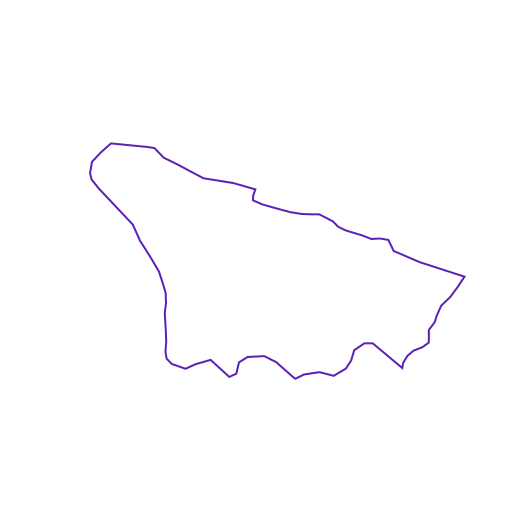 the district of Goseong-gun, Gangwon, South Korea, rotated 316°
{"feature_id": "91817680B50485812736392", "entity_name": "Goseong-gun", "entity_type": "district", "adm_level": 2, "iso_a3": "KOR", "parent_name": "South Korea", "parent_adm1": "Gangwon", "projection": "robinson", "projection_center": [128.403, 38.393], "detail": "fine", "context": "isolated", "style": "outline", "palette": "violet", "viewbox_px": 512, "rotation_deg": 316, "n_neighbors": 0, "source": "geoboundaries", "source_scale": "gbopen_adm2", "svg_char_len": 1120}
<svg xmlns="http://www.w3.org/2000/svg" viewBox="0 0 512 512"><g transform="rotate(316 256 256)"><path d="M391.6,415.7L369.5,374.2L358.5,348.0L362.4,336.4L357.4,329.6L350.8,323.9L346.4,314.4L342.0,306.6L338.2,299.7L335.4,291.9L335.4,284.6L330.4,269.9L326.0,265.7L318.3,257.8L311.2,248.4L304.0,236.4L296.4,223.3L292.5,213.9L295.8,210.7L301.8,207.6L290.3,187.7L272.2,163.6L262.3,133.3L257.9,121.3L257.9,114.0L257.9,107.7L253.5,102.0L229.9,74.3L217.2,73.7L203.5,74.3L194.2,81.1L190.9,86.8L189.8,98.3L189.2,147.9L183.1,164.7L180.9,175.7L178.7,186.1L175.4,199.7L171.6,207.6L165.5,219.6L158.4,227.5L150.7,233.7L141.3,244.7L132.0,255.2L124.3,262.0L120.4,267.8L120.4,275.1L127.0,288.2L137.5,291.9L151.2,299.2L152.8,324.4L160.0,327.0L169.9,320.7L179.8,322.8L192.4,333.8L196.8,346.4L198.5,367.9L199.0,371.6L208.4,374.7L221.0,383.7L228.7,396.2L242.5,399.4L251.8,397.3L261.2,392.0L273.3,394.1L279.3,399.9L283.4,438.2L287.6,435.1L295.8,433.0L303.5,433.5L312.4,437.2L320.1,438.3L323.9,434.6L328.9,429.3L338.8,427.7L344.3,424.6L354.7,420.4L367.4,420.4L380.0,418.3L391.6,415.7Z" fill="none" stroke="#5b21b6" stroke-width="2"/></g></svg>